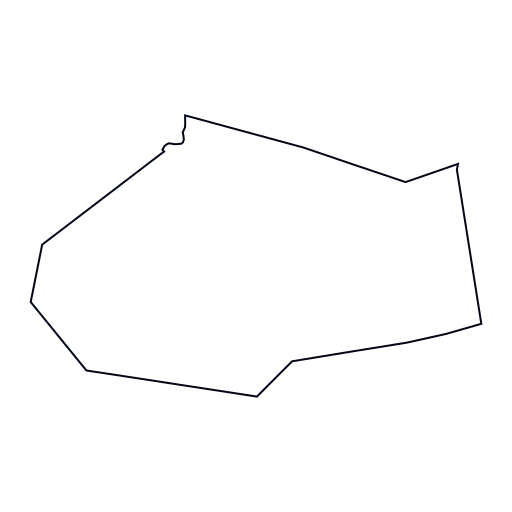 outline of San José Estancia Grande, Oaxaca, Mexico, rotated 180°
{"feature_id": "50627088B84369404768705", "entity_name": "San José Estancia Grande", "entity_type": "district", "adm_level": 2, "iso_a3": "MEX", "parent_name": "Mexico", "parent_adm1": "Oaxaca", "projection": "orthographic", "projection_center": [-98.255, 16.376], "detail": "fine", "context": "isolated", "style": "outline", "palette": "ink", "viewbox_px": 512, "rotation_deg": 180, "n_neighbors": 0, "source": "geoboundaries", "source_scale": "gbopen_adm2", "svg_char_len": 664}
<svg xmlns="http://www.w3.org/2000/svg" viewBox="0 0 512 512"><g transform="rotate(180 256 256)"><path d="M54.0,348.1L106.5,329.9L159.0,347.6L208.7,364.5L258.8,378.1L326.9,396.6L326.8,387.6L327.0,384.5L329.3,379.7L328.8,377.5L328.1,372.5L329.1,369.6L330.7,368.3L336.0,367.8L337.9,367.9L343.1,368.7L345.2,367.7L347.6,365.9L349.6,362.2L347.9,360.4L351.5,357.8L411.3,312.1L469.8,267.4L481.3,210.0L453.9,176.3L425.6,141.5L395.1,136.9L332.7,127.3L255.1,115.4L235.1,135.5L231.0,139.6L219.9,150.7L164.6,159.8L163.7,159.8L163.2,160.0L162.7,160.1L105.0,169.4L66.3,178.0L30.7,188.2L38.4,237.0L55.1,342.3L54.0,348.1Z" fill="none" stroke="#020617" stroke-width="2"/></g></svg>